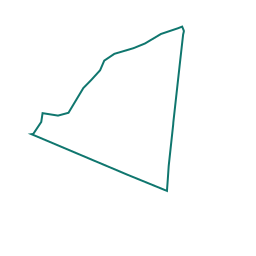 outline of Rockland, New York, United States of America, rotated 246°
{"feature_id": "52423323B64631698212491", "entity_name": "Rockland", "entity_type": "district", "adm_level": 2, "iso_a3": "USA", "parent_name": "United States of America", "parent_adm1": "New York", "projection": "equal_earth", "projection_center": [-73.992, 41.161], "detail": "fine", "context": "isolated", "style": "outline", "palette": "teal", "viewbox_px": 256, "rotation_deg": 246, "n_neighbors": 0, "source": "geoboundaries", "source_scale": "gbopen_adm2", "svg_char_len": 547}
<svg xmlns="http://www.w3.org/2000/svg" viewBox="0 0 256 256"><g transform="rotate(246 128 128)"><path d="M161.6,37.3L124.4,72.1L112.0,83.7L85.4,108.6L54.7,138.0L64.4,143.2L71.2,146.8L76.7,149.7L112.8,170.7L114.7,171.7L136.4,184.4L171.1,204.7L191.0,216.4L193.1,218.0L193.9,218.5L194.9,218.6L198.6,218.7L198.8,214.2L200.5,196.3L198.3,177.9L198.7,165.4L201.3,145.7L199.2,133.7L192.1,126.0L186.8,113.9L182.7,103.5L175.7,93.5L166.1,79.8L167.8,69.1L176.3,56.0L168.8,51.2L161.1,39.0L161.6,37.3Z" fill="none" stroke="#0f766e" stroke-width="2"/></g></svg>